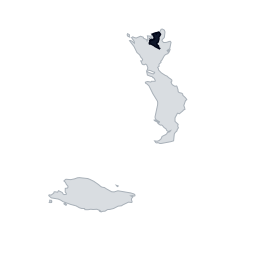 location of Kinabatangan, Sabah, Malaysia, rotated 299°
{"feature_id": "92858781B11608738367966", "entity_name": "Kinabatangan", "entity_type": "district", "adm_level": 2, "iso_a3": "MYS", "parent_name": "Malaysia", "parent_adm1": "Sabah", "projection": "equal_earth", "projection_center": [118.123, 5.328], "detail": "fine", "context": "in_parent", "style": "filled", "palette": "ink", "viewbox_px": 256, "rotation_deg": 299, "n_neighbors": 0, "source": "geoboundaries", "source_scale": "gbopen_adm2", "svg_char_len": 5625}
<svg xmlns="http://www.w3.org/2000/svg" viewBox="0 0 256 256"><g transform="rotate(299 128 128)"><path d="M213.5,127.0L212.2,126.7L210.4,125.2L208.5,124.7L203.1,124.7L202.3,124.2L201.3,125.1L199.4,124.3L198.3,124.4L197.1,125.3L195.4,124.5L194.6,125.9L193.5,126.7L192.4,130.3L192.1,134.7L192.3,137.3L191.8,138.8L191.5,141.9L191.1,143.2L189.6,143.8L189.0,143.3L187.6,145.2L187.3,145.9L187.2,148.9L188.2,149.8L188.2,150.5L186.0,152.9L184.1,154.3L183.8,155.6L184.5,158.2L184.2,159.4L183.2,160.0L182.4,163.3L181.5,165.5L181.2,165.7L179.9,165.0L174.7,165.9L173.2,167.7L171.8,168.8L170.6,167.7L170.0,167.8L165.3,166.0L165.1,164.3L164.6,164.1L159.7,164.2L156.6,165.9L155.5,170.1L153.8,170.5L152.6,172.0L150.5,171.8L149.2,172.2L147.1,171.5L145.2,171.4L138.9,174.1L136.9,172.2L130.7,164.7L129.9,163.4L129.7,161.1L129.0,160.7L128.8,160.1L128.7,159.4L129.6,157.5L130.6,159.9L132.1,161.3L134.7,162.2L137.2,161.9L140.7,164.3L141.8,164.7L143.0,164.6L145.1,166.4L146.4,166.5L144.7,165.2L144.4,164.2L144.6,163.1L145.7,161.6L145.9,159.3L146.8,157.0L146.9,155.9L146.3,155.1L146.2,153.7L146.7,151.7L147.8,152.7L148.8,152.5L148.8,148.9L149.5,147.3L150.7,146.3L162.5,142.7L164.4,141.8L165.7,140.8L170.0,133.2L175.0,126.0L175.7,123.5L175.7,121.7L176.0,121.3L176.5,121.0L177.6,122.0L178.2,122.7L179.2,125.7L180.2,125.8L181.8,128.8L182.2,129.1L182.7,128.9L184.0,127.1L184.4,125.7L184.1,125.5L184.7,123.9L184.2,122.9L183.7,119.3L186.7,116.7L186.7,119.6L187.5,123.9L189.0,124.5L189.7,124.3L189.3,123.0L189.2,120.5L188.8,118.8L187.9,116.7L190.3,116.2L192.2,113.9L192.5,112.5L191.3,111.7L190.8,110.6L190.8,109.4L192.8,106.7L193.0,107.5L194.2,107.7L194.8,107.7L195.6,106.6L196.1,105.0L197.6,102.7L198.4,99.2L202.2,93.7L205.1,87.0L205.7,87.6L205.9,89.3L205.3,92.5L206.6,91.7L208.8,87.3L210.1,88.0L210.1,89.3L210.6,91.5L214.3,94.4L214.8,97.2L214.0,98.3L214.3,101.0L214.0,101.9L212.8,102.7L216.1,101.9L218.0,100.3L219.2,103.0L217.3,104.1L217.7,105.2L219.5,104.6L220.6,103.6L221.7,103.8L223.4,104.9L223.9,105.5L224.3,106.9L225.5,107.3L228.1,109.2L230.4,109.1L231.2,110.1L231.2,112.4L229.9,113.8L225.1,115.8L223.8,115.7L222.0,115.0L220.8,115.4L220.0,117.7L221.4,120.0L223.9,122.3L224.3,122.9L223.8,124.1L218.1,125.9L216.9,125.7L214.8,124.6L213.5,127.0ZM29.7,94.8L30.4,91.5L31.3,91.4L32.1,93.3L35.1,94.7L36.0,94.3L36.4,94.5L36.8,95.0L37.7,97.6L39.5,97.6L39.7,101.7L38.8,103.3L38.7,104.3L40.1,106.2L40.9,105.8L41.6,104.1L44.8,102.4L46.1,104.2L47.2,104.2L48.1,103.5L48.8,101.4L50.1,99.7L50.6,97.6L52.4,98.2L53.1,98.6L55.1,103.0L57.8,106.1L59.8,107.8L61.0,109.5L64.3,117.4L64.6,120.0L64.8,123.9L64.2,129.8L63.6,132.7L63.7,134.1L64.5,136.3L64.3,138.3L64.3,144.6L65.4,146.9L68.2,149.6L72.5,161.8L73.2,165.3L72.8,166.6L72.0,166.9L71.4,166.3L71.0,164.6L70.0,163.3L70.1,165.7L68.2,165.3L67.0,165.7L65.4,167.4L64.7,167.4L63.4,164.4L58.5,160.9L56.8,160.0L54.9,157.3L50.6,154.4L47.9,151.5L46.8,149.7L44.1,148.2L42.9,146.3L41.7,145.3L42.3,143.5L41.8,140.1L39.8,137.0L38.9,134.8L37.1,132.6L35.7,129.9L36.5,129.1L35.1,126.3L34.7,124.2L34.7,120.2L33.3,114.6L32.1,106.9L32.3,104.2L32.0,101.3L29.7,94.8ZM209.0,84.5L208.3,85.3L208.2,83.2L209.0,82.1L210.3,81.9L210.3,83.8L210.0,84.3L209.0,84.5ZM26.9,94.5L27.6,96.0L27.1,96.9L26.6,96.6L25.8,97.3L24.9,95.9L24.8,95.1L25.8,95.3L26.9,94.5ZM148.2,152.0L147.9,152.2L147.4,151.7L147.3,147.4L147.6,147.0L148.1,147.8L148.2,152.0ZM31.9,109.4L31.1,111.5L30.3,111.2L30.5,108.9L30.9,108.6L31.9,109.4ZM216.8,126.8L215.3,127.1L214.3,127.1L214.4,125.9L214.9,125.7L216.8,126.8ZM72.6,147.5L71.8,147.5L71.6,147.0L72.2,145.5L72.6,147.5ZM42.0,143.8L41.4,144.1L41.5,143.2L41.9,142.7L42.0,143.8Z" fill="#d9dde1" stroke="#a8b0b8" stroke-width="1"/><path d="M226.6,108.3L226.6,108.1L226.4,107.9L226.1,107.7L225.9,107.6L225.7,107.5L225.4,107.0L225.1,106.7L224.9,106.3L224.8,106.2L224.7,106.2L224.4,106.2L224.3,106.3L224.2,106.5L224.2,107.0L224.1,107.3L223.9,107.6L223.9,107.9L223.8,107.7L223.8,107.4L223.9,107.2L224.0,107.1L224.1,106.9L224.1,106.7L224.1,106.4L224.2,106.2L224.3,106.1L224.3,105.9L224.2,105.7L223.9,105.5L223.8,105.4L223.6,105.1L222.7,104.4L222.2,104.1L222.0,103.9L221.9,103.8L221.8,103.7L221.7,103.5L221.7,103.8L221.8,103.9L221.8,104.0L221.9,104.3L221.8,104.2L221.7,104.0L221.5,104.6L221.4,104.9L221.3,105.0L221.2,105.2L221.2,105.4L221.2,105.6L220.9,105.7L220.9,105.8L220.8,106.0L220.7,106.1L220.8,106.4L219.8,107.2L219.6,107.0L219.1,107.2L219.1,108.0L218.4,108.0L218.4,107.4L217.3,107.3L216.9,106.9L217.2,106.0L217.0,105.9L216.9,105.9L216.7,105.9L216.2,106.3L216.0,105.9L216.0,105.7L216.0,105.3L215.8,105.6L215.5,105.5L215.1,105.5L214.9,104.8L214.7,105.0L214.4,105.1L214.2,105.1L213.9,105.2L213.8,105.3L213.7,105.3L213.3,105.4L213.2,105.4L213.0,105.5L212.9,105.5L212.7,105.4L212.4,105.6L212.0,105.9L212.0,106.0L212.0,106.5L212.3,106.7L212.4,106.8L212.5,106.9L212.5,107.1L212.6,108.3L212.6,111.3L212.4,111.5L212.4,111.4L212.5,117.7L212.6,117.4L212.8,117.3L213.0,117.2L213.0,116.8L213.0,116.6L212.9,116.4L212.9,116.1L213.0,116.0L213.6,115.7L213.8,115.5L213.8,115.4L213.7,115.3L213.8,115.2L214.2,115.0L214.3,114.9L214.5,114.9L214.6,114.7L214.7,114.4L214.7,114.2L214.7,113.8L214.7,113.6L214.9,113.4L214.9,113.1L215.0,112.9L215.3,112.7L215.5,112.5L215.6,112.3L215.7,112.1L215.9,112.0L216.0,112.0L216.3,112.2L216.6,112.2L216.8,112.1L217.0,112.3L217.3,112.5L217.5,112.6L217.8,112.6L218.0,112.6L218.8,112.4L220.1,112.1L220.6,112.0L220.9,111.9L221.1,111.8L221.5,111.5L221.6,111.3L221.7,111.2L221.8,111.0L225.5,111.1L225.8,110.9L225.9,110.7L225.9,110.4L226.1,110.3L226.1,110.2L226.2,109.9L226.3,109.8L226.3,109.6L226.4,109.4L226.5,109.3L226.6,109.2L226.5,108.9L226.5,108.7L226.6,108.3Z" fill="#0f172a" stroke="#020617" stroke-width="1.5"/></g></svg>